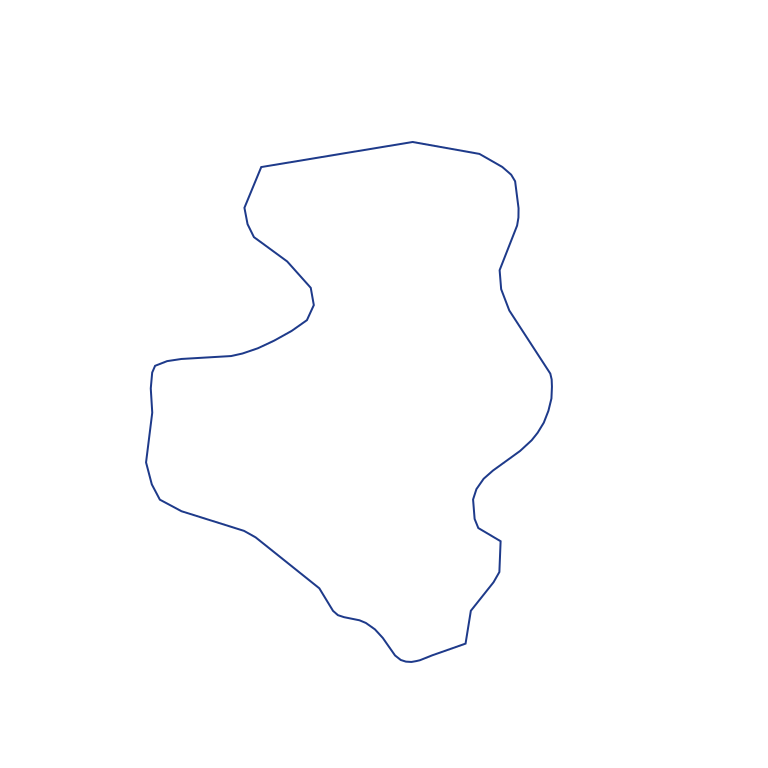 the City of Erevan, rotated 224°
{"feature_id": "ARM-1675", "entity_name": "Erevan", "entity_type": "City", "adm_level": 1, "iso_a3": "ARM", "parent_name": "Armenia", "parent_adm1": "", "projection": "albers", "projection_center": [44.52, 40.142], "detail": "fine", "context": "isolated", "style": "outline", "palette": "blue", "viewbox_px": 768, "rotation_deg": 224, "n_neighbors": 0, "source": "natural_earth", "source_scale": "10m", "svg_char_len": 1030}
<svg xmlns="http://www.w3.org/2000/svg" viewBox="0 0 768 768"><g transform="rotate(224 384 384)"><path d="M464.9,145.1L481.3,150.5L500.7,162.3L530.8,202.4L548.7,218.8L558.7,231.2L561.3,238.1L555.9,249.8L547.1,261.3L513.4,297.9L507.0,307.6L499.6,322.0L493.1,339.0L487.3,358.1L483.8,376.4L489.3,392.0L503.5,402.3L538.8,404.9L579.6,399.3L593.2,404.2L606.8,413.8L623.0,454.8L531.6,577.9L475.2,615.8L449.6,622.3L437.9,622.9L430.5,620.9L409.3,603.9L402.9,597.1L398.3,590.4L379.9,546.2L365.6,533.6L344.9,523.9L271.6,507.0L266.5,503.7L261.3,498.7L253.5,489.9L247.1,478.9L242.2,467.2L239.6,455.6L238.7,446.1L239.6,430.4L245.5,397.4L246.5,385.1L244.5,372.6L239.7,362.8L225.1,349.9L216.1,345.9L190.9,351.9L170.4,328.9L167.5,317.5L164.0,281.2L145.0,253.9L160.8,222.4L166.3,210.2L168.3,207.1L171.2,203.1L175.4,199.5L180.3,197.1L187.5,196.4L208.5,200.5L220.1,201.2L231.1,199.5L237.5,197.0L250.8,188.5L256.6,185.7L263.1,185.4L288.6,192.1L369.8,184.5L382.7,181.1L441.3,151.8L464.9,145.1Z" fill="none" stroke="#1e3a8a" stroke-width="2"/></g></svg>